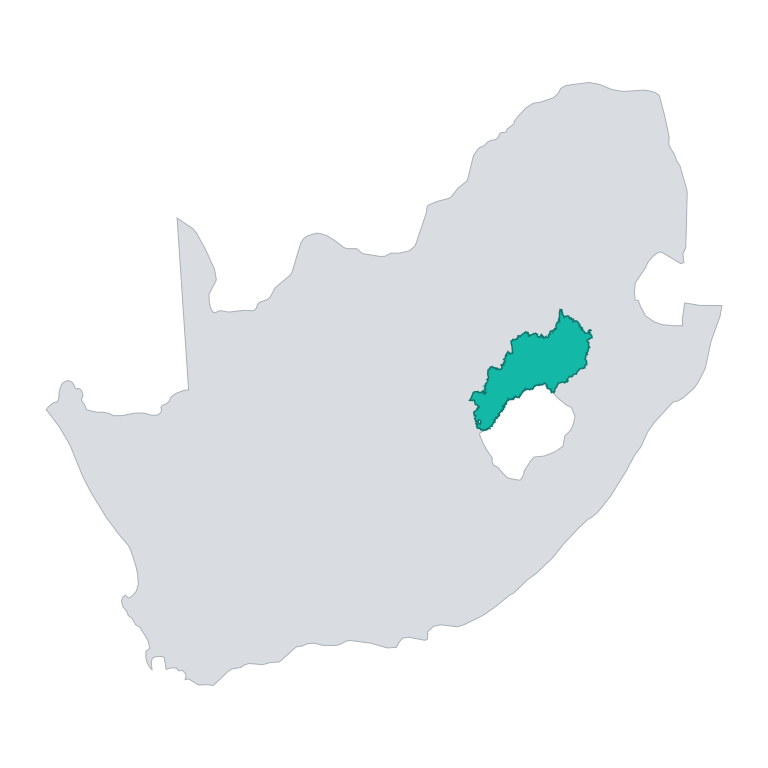 Thabo Mofutsanyane, Free State, South Africa shown in context
{"feature_id": "47623444B5552574832417", "entity_name": "Thabo Mofutsanyane", "entity_type": "district", "adm_level": 2, "iso_a3": "ZAF", "parent_name": "South Africa", "parent_adm1": "Free State", "projection": "orthographic", "projection_center": [28.545, -28.29], "detail": "fine", "context": "in_parent", "style": "filled", "palette": "teal", "viewbox_px": 768, "rotation_deg": 0, "n_neighbors": 0, "source": "geoboundaries", "source_scale": "gbopen_adm2", "svg_char_len": 9717}
<svg xmlns="http://www.w3.org/2000/svg" viewBox="0 0 768 768"><path d="M565.8,85.5L589.0,82.5L599.4,84.4L611.8,89.6L623.5,91.5L643.3,90.1L650.1,91.0L655.5,92.8L659.3,95.6L664.6,115.5L669.1,136.8L668.8,143.6L669.5,146.3L674.8,155.4L676.8,161.1L679.9,165.7L686.5,188.6L687.2,192.5L685.8,247.4L682.9,253.9L683.9,262.6L680.6,263.6L661.6,252.1L658.3,252.4L652.8,256.4L647.6,262.8L645.2,268.2L635.3,282.8L634.4,292.2L635.1,300.2L638.3,300.6L640.5,306.5L645.5,315.8L654.2,321.9L662.3,324.7L673.6,325.7L682.6,325.8L682.3,319.5L684.7,302.9L699.7,305.4L721.9,305.6L720.0,316.4L711.2,340.8L705.2,368.4L698.2,382.2L694.3,387.8L683.4,397.7L677.8,401.0L673.1,402.0L654.4,422.3L647.5,432.1L641.2,446.5L635.1,454.3L626.1,471.2L610.6,496.1L597.6,512.4L591.9,517.1L588.0,519.2L577.9,528.7L563.6,544.0L552.8,557.6L536.7,573.0L527.4,579.8L513.5,593.2L509.7,595.1L494.2,607.6L483.1,615.3L465.1,624.2L458.0,626.8L440.8,624.8L433.7,626.2L427.8,631.6L427.5,639.1L425.0,640.3L409.2,637.3L402.8,638.0L399.1,642.2L396.3,647.4L387.3,647.9L371.1,643.2L352.2,640.7L347.8,640.5L338.9,644.8L335.8,645.5L322.5,645.3L315.0,643.2L307.9,643.5L302.7,645.8L296.2,646.9L279.5,661.9L270.5,662.5L262.8,664.6L248.8,663.5L244.8,664.7L240.8,667.4L231.5,669.1L228.0,671.5L213.3,685.5L206.7,684.6L198.5,685.0L188.6,678.9L185.1,679.6L185.8,677.4L185.8,673.8L182.2,670.3L178.5,670.8L176.3,667.9L170.7,668.0L166.2,669.3L164.2,657.5L161.9,656.5L156.3,656.7L153.6,657.3L152.4,658.5L151.2,661.4L152.0,669.7L149.8,667.5L147.1,662.7L145.8,657.4L146.0,651.1L150.0,648.3L148.0,640.5L140.0,627.3L135.7,624.8L131.9,618.0L128.4,615.7L126.6,610.9L123.1,607.2L121.4,601.1L122.8,597.3L125.3,595.1L128.4,598.0L131.7,596.5L136.1,591.6L138.4,584.4L137.5,573.5L136.1,566.7L130.5,549.3L128.3,545.4L118.2,533.5L106.3,517.4L90.6,491.8L82.7,476.3L69.9,444.8L59.6,427.2L47.5,411.1L46.1,410.1L47.5,407.8L52.7,403.3L55.1,402.0L56.5,402.4L57.7,401.1L58.8,398.3L59.1,392.2L61.1,385.5L63.2,382.6L68.0,380.3L72.0,382.3L73.8,384.5L74.8,387.5L76.6,388.9L79.2,388.5L81.3,390.3L82.8,394.1L82.8,396.9L81.4,398.8L81.9,401.1L84.1,403.8L86.8,409.9L97.2,412.3L103.0,412.2L108.6,413.3L113.9,415.7L122.4,415.6L134.0,413.2L143.7,413.0L151.5,415.2L157.0,415.2L160.3,413.2L161.6,410.6L160.9,407.4L162.4,405.2L166.2,404.0L169.1,401.3L171.1,397.0L176.2,393.3L184.4,390.2L188.6,390.0L177.1,218.1L193.2,228.9L197.1,234.1L205.6,249.7L214.4,269.0L216.2,278.6L216.0,280.7L209.0,294.2L209.1,300.6L210.5,308.1L212.5,311.8L214.9,312.8L220.2,310.6L228.6,312.1L244.5,310.3L252.5,310.8L254.5,310.1L256.2,308.4L258.0,303.7L259.8,302.1L267.1,299.7L270.3,296.9L275.2,287.7L290.5,274.9L292.1,271.9L300.9,242.8L303.8,238.5L308.1,235.6L316.9,233.1L322.1,234.0L327.8,236.2L334.2,240.2L343.9,247.6L347.2,248.7L356.6,248.6L362.6,253.6L380.3,256.5L385.4,256.2L390.7,253.2L399.8,253.1L409.5,250.8L415.3,245.6L426.0,213.9L427.1,207.0L428.3,205.1L437.6,201.3L448.9,198.4L451.2,196.9L458.1,188.1L467.3,180.7L473.5,155.5L477.7,149.5L480.3,147.0L482.0,146.9L484.4,145.4L487.4,142.2L491.1,140.3L495.4,139.6L498.2,137.5L499.4,134.1L501.6,132.5L504.7,132.5L506.5,131.5L507.0,129.2L514.0,123.8L514.1,121.6L518.1,116.3L526.0,107.9L533.4,103.2L540.4,102.2L553.2,97.9L557.8,94.0L560.8,88.5L565.8,85.5ZM544.1,456.1L554.9,451.9L562.9,446.3L564.8,436.1L571.0,429.9L573.3,424.0L575.0,416.0L571.4,407.5L566.4,405.0L557.2,397.7L553.2,392.7L547.7,388.6L543.8,383.6L537.4,385.2L527.6,389.2L521.5,392.9L516.4,397.3L507.2,400.5L498.8,414.5L496.0,417.6L489.4,427.8L479.8,432.9L479.6,434.7L482.9,442.9L487.4,451.1L492.2,457.8L492.0,461.9L493.6,465.1L497.8,467.3L505.0,475.6L508.5,478.3L519.2,480.2L520.7,479.7L523.6,474.7L524.0,471.2L531.1,460.3L534.2,457.0L544.1,456.1Z" fill="#d9dde1" stroke="#a8b0b8" stroke-width="1"/><path d="M591.0,330.4L590.4,329.9L589.4,329.9L588.5,330.8L588.4,331.9L588.8,332.2L588.6,332.8L585.1,333.3L584.5,332.8L584.4,331.6L583.4,331.1L582.7,329.9L582.1,329.8L582.3,329.5L582.0,329.3L582.4,329.0L582.4,328.3L582.0,328.3L581.8,327.7L581.3,328.1L581.5,327.5L580.7,327.4L580.3,326.4L579.5,326.4L579.8,325.7L579.7,324.9L579.4,325.2L579.0,324.8L578.7,323.0L577.3,321.4L576.3,321.4L576.1,320.9L575.7,320.9L575.5,321.0L573.7,321.2L573.6,321.9L573.2,321.9L573.0,321.3L573.5,320.5L573.3,320.3L573.4,319.2L572.3,319.6L571.4,318.4L571.2,318.9L570.8,318.5L570.6,318.8L570.7,318.4L570.3,318.0L570.1,318.6L569.7,318.5L569.2,318.1L568.8,316.3L567.5,315.9L566.9,316.3L566.1,316.2L564.3,317.5L563.8,315.6L563.0,314.9L562.4,313.5L561.8,313.3L562.5,312.4L561.7,311.0L561.9,309.9L561.2,309.6L560.8,310.8L560.1,309.9L559.3,313.2L559.7,314.6L559.3,316.3L559.6,317.9L558.5,319.1L558.7,319.5L559.2,319.6L558.7,320.5L559.7,321.1L559.5,321.7L558.1,321.5L558.0,322.6L556.8,322.9L555.9,325.6L556.4,328.3L556.2,329.1L554.9,328.5L554.4,330.2L553.9,329.8L553.7,330.4L552.3,330.6L552.5,331.9L551.8,331.2L550.5,331.1L549.9,332.1L550.0,334.3L548.8,334.4L548.5,335.0L548.8,335.8L548.4,337.3L548.7,337.5L545.8,337.1L545.9,336.7L543.8,338.1L542.8,337.7L543.6,337.1L542.6,335.8L542.4,336.2L541.8,335.9L541.4,334.6L540.6,335.4L540.7,336.6L539.6,336.7L539.0,337.4L537.2,335.8L537.5,334.4L535.5,333.2L534.4,334.0L533.4,333.6L532.9,334.2L530.6,335.4L530.0,334.9L529.6,336.0L528.5,336.3L528.2,332.8L527.3,332.4L527.2,332.8L526.8,332.4L526.5,332.8L525.9,332.7L525.6,332.0L524.7,332.9L524.2,332.8L523.5,333.9L522.1,334.4L520.3,336.4L520.1,335.9L518.1,335.9L518.4,336.8L518.0,336.7L517.1,338.2L517.4,338.6L517.3,339.1L514.5,339.6L512.9,339.4L512.9,340.3L511.1,341.0L511.2,343.3L512.1,346.5L512.6,353.3L510.5,353.3L510.0,354.1L509.1,353.2L509.0,352.3L508.2,352.4L507.9,351.9L507.7,352.6L507.0,353.0L506.6,354.5L506.2,354.4L505.6,355.7L506.2,355.7L505.3,356.6L505.6,358.3L503.6,359.3L505.0,360.9L505.2,362.2L503.6,362.4L503.9,365.2L503.3,365.5L502.5,364.5L501.2,364.7L502.1,368.2L501.6,368.9L501.2,368.6L500.2,369.8L498.4,369.0L497.7,369.4L497.4,368.2L496.6,368.2L496.5,369.2L496.0,369.3L495.0,367.7L492.8,367.8L492.6,366.6L490.1,367.2L489.8,369.2L489.3,368.9L488.1,369.8L487.7,374.3L488.7,378.0L486.9,379.6L488.0,380.5L486.4,383.4L485.6,383.5L485.4,384.6L485.8,384.7L485.7,385.5L484.8,385.9L485.6,386.0L484.7,387.9L485.2,388.3L484.8,389.3L485.5,389.7L485.1,391.0L483.9,392.3L484.8,393.2L485.8,392.9L484.6,394.4L483.5,393.2L483.2,392.3L483.4,391.0L483.1,390.6L481.4,392.7L481.0,392.2L480.1,392.7L479.5,392.4L478.8,392.8L478.2,392.2L478.1,391.6L474.7,391.8L473.3,392.5L471.0,398.4L469.6,400.3L472.6,400.6L473.5,399.8L474.8,400.8L474.6,402.0L475.5,404.7L476.9,404.6L478.3,406.2L478.9,406.2L479.2,406.9L478.8,407.6L477.9,407.4L477.1,408.5L477.7,408.9L477.6,409.6L476.1,410.2L475.7,410.9L474.3,411.6L473.7,412.4L474.1,413.0L473.8,414.0L474.6,414.8L474.3,415.6L475.7,415.7L474.9,418.4L474.6,418.7L475.6,419.9L475.5,421.4L476.0,421.6L476.4,421.2L478.2,421.4L478.3,420.2L479.5,419.7L481.2,421.9L480.1,424.3L477.8,422.1L475.8,423.7L477.0,425.0L477.5,425.0L476.5,426.3L477.4,428.0L477.7,427.8L478.1,428.3L479.9,428.1L480.7,429.8L482.0,429.5L482.4,429.8L482.6,430.5L483.2,430.5L483.9,429.8L485.2,430.2L485.9,430.1L485.9,429.7L486.6,429.0L486.9,429.5L487.4,429.5L487.9,429.2L487.9,428.5L488.7,428.2L489.9,428.5L489.6,427.5L489.9,426.8L490.8,426.0L492.1,426.2L491.9,424.7L492.9,424.1L493.5,422.7L494.7,422.4L493.9,420.6L495.0,420.9L495.1,419.1L496.6,418.4L495.8,417.4L496.9,417.2L497.3,417.6L497.5,416.7L498.3,416.6L498.7,415.9L499.4,415.6L499.6,414.9L498.9,414.5L498.6,414.7L498.7,414.2L498.3,413.9L499.1,413.6L499.8,412.6L500.7,412.0L501.0,411.2L501.6,411.4L502.3,411.0L502.4,410.5L501.8,409.8L503.1,409.5L503.1,408.7L503.6,408.9L503.8,407.6L503.4,407.1L504.2,407.4L504.8,407.0L504.8,406.4L504.2,405.9L503.8,406.2L503.4,405.5L504.7,405.4L504.6,404.6L505.3,404.4L505.0,404.1L505.2,403.5L506.3,403.8L506.4,402.9L506.1,402.5L506.7,402.2L506.7,400.9L507.4,400.4L507.6,400.6L507.5,400.3L507.7,400.6L508.3,400.4L508.1,400.2L508.5,399.4L508.1,399.2L508.0,398.5L510.5,399.6L511.2,399.2L511.1,398.8L511.5,399.3L512.0,398.7L512.7,399.5L513.5,399.4L514.0,398.3L513.5,398.0L513.7,397.6L514.8,397.5L514.7,396.7L515.1,396.8L515.5,396.2L517.7,397.8L517.5,397.5L517.9,397.3L519.2,397.6L519.4,397.0L519.0,396.7L520.3,395.8L520.1,394.7L521.1,394.6L522.2,392.4L523.0,391.9L522.9,391.1L523.4,391.3L524.2,390.2L524.5,390.6L524.4,390.1L524.9,389.4L525.6,389.6L525.6,388.9L526.1,389.7L527.6,388.9L529.6,389.8L530.4,389.4L530.6,388.8L531.6,389.4L531.4,389.2L532.1,388.9L532.4,389.3L533.3,388.4L533.1,387.5L534.0,387.0L534.1,386.5L534.6,386.5L534.6,385.6L536.7,385.4L537.5,384.7L538.0,385.0L538.7,384.8L538.9,385.3L539.6,384.5L539.8,384.9L540.2,384.6L540.6,384.9L540.9,384.6L541.3,384.9L541.8,384.6L542.3,384.8L543.2,384.3L543.6,383.5L544.8,383.1L546.1,384.0L547.0,385.3L546.6,386.5L547.1,386.9L547.0,387.8L547.9,388.6L549.0,388.4L551.2,389.6L551.4,390.1L550.9,391.1L551.3,392.5L551.7,392.7L552.2,392.1L553.3,391.8L554.0,392.5L554.7,391.3L554.9,388.7L556.8,386.9L556.9,385.5L557.8,384.7L557.6,384.3L558.1,383.3L563.2,381.9L564.7,382.9L566.2,381.2L566.6,381.8L567.3,381.9L568.1,380.7L567.1,379.5L569.5,376.3L571.2,376.9L572.5,376.3L572.4,375.5L574.6,373.9L576.3,374.1L577.3,371.5L579.0,370.1L579.2,369.2L582.0,368.1L582.3,368.6L584.8,367.8L585.0,367.1L584.4,366.6L585.1,365.2L586.7,364.8L586.7,363.2L586.3,363.0L586.6,362.4L586.4,360.7L584.8,358.7L585.8,357.2L585.6,356.3L586.2,355.0L587.4,354.5L587.2,353.9L586.5,353.6L586.8,353.2L586.4,352.9L587.1,352.6L587.9,351.6L587.6,351.3L587.8,349.9L588.4,349.8L588.1,349.0L588.2,348.3L589.7,347.5L589.4,347.0L588.8,347.0L589.1,346.6L588.5,345.6L588.8,342.4L588.1,342.2L587.2,341.1L587.2,340.1L587.5,339.6L588.3,339.7L589.2,339.2L589.9,338.1L590.5,338.4L591.4,337.6L592.0,337.7L591.8,335.9L590.9,334.4L590.0,334.0L589.5,334.2L588.9,333.7L588.9,333.0L589.8,332.5L588.6,331.8L588.9,331.3L589.2,331.4L591.0,330.4Z" fill="#14b8a6" stroke="#0f766e" stroke-width="1.5"/></svg>